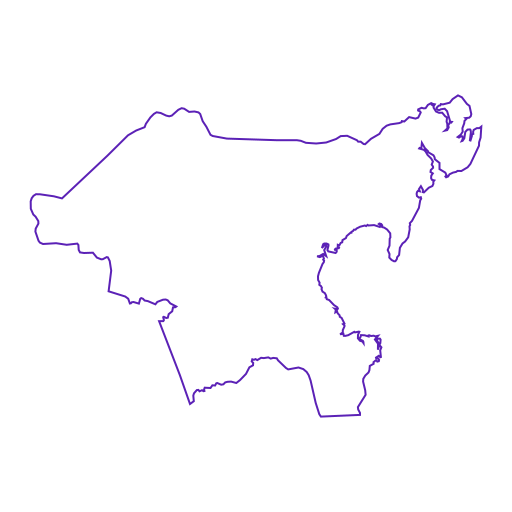 the district of Metuge, Cabo Delgado, Mozambique
{"feature_id": "85939544B43724113746926", "entity_name": "Metuge", "entity_type": "district", "adm_level": 2, "iso_a3": "MOZ", "parent_name": "Mozambique", "parent_adm1": "Cabo Delgado", "projection": "albers", "projection_center": [40.398, -12.923], "detail": "fine", "context": "isolated", "style": "outline", "palette": "violet", "viewbox_px": 512, "rotation_deg": 0, "n_neighbors": 0, "source": "geoboundaries", "source_scale": "gbopen_adm2", "svg_char_len": 6099}
<svg xmlns="http://www.w3.org/2000/svg" viewBox="0 0 512 512"><path d="M190.0,404.0L193.8,401.2L193.3,395.6L194.0,393.3L196.8,390.1L198.4,389.9L199.5,391.3L202.0,390.2L203.5,391.2L204.4,391.0L204.1,389.4L204.7,387.7L210.5,388.0L212.4,385.3L215.1,385.5L216.2,383.4L217.2,383.0L221.2,384.7L223.4,384.3L225.2,382.4L227.5,381.8L231.1,381.6L236.3,383.0L240.0,380.1L246.0,373.9L249.4,367.3L253.0,365.3L253.2,362.9L251.7,361.4L252.3,359.3L253.9,359.8L255.5,359.1L257.3,360.1L261.1,357.8L263.8,358.1L268.3,357.4L270.7,358.6L273.2,357.9L276.8,358.3L278.0,360.3L286.0,368.0L288.2,369.4L298.5,367.5L303.3,369.1L306.7,372.0L308.7,375.2L310.6,380.6L315.7,402.9L319.3,414.2L320.9,416.6L360.0,414.9L360.0,412.9L358.2,409.5L357.9,407.1L365.6,394.8L365.2,390.3L363.1,381.6L363.3,378.8L365.3,375.5L368.5,372.5L369.4,370.2L369.8,365.9L373.6,363.8L373.5,362.2L375.7,360.4L376.5,360.5L377.3,361.6L378.8,361.2L379.1,359.9L378.3,358.6L376.2,358.3L376.0,357.6L378.8,355.8L380.3,357.2L380.9,357.0L380.2,350.3L381.4,347.3L380.3,346.0L378.8,346.5L377.9,349.7L378.0,343.7L374.9,339.5L378.0,335.8L375.3,336.4L373.7,335.7L371.0,336.0L369.4,335.3L368.6,335.4L368.6,336.5L364.7,335.3L361.0,335.1L360.6,336.8L359.4,338.5L360.2,339.5L362.9,340.9L363.4,341.9L363.5,343.1L362.4,341.5L360.0,340.8L357.9,338.3L358.0,334.8L359.4,331.8L358.9,331.6L355.0,332.4L354.3,331.8L348.2,335.2L345.2,335.9L343.8,335.8L343.4,333.8L340.1,334.3L342.8,332.4L342.8,330.1L344.5,326.3L344.5,325.5L343.0,324.1L344.4,323.5L341.6,317.9L339.8,316.8L339.6,315.3L337.7,313.3L337.0,311.3L335.4,312.3L335.8,309.6L334.8,308.7L337.5,309.2L337.9,308.5L337.3,307.3L334.0,305.1L329.1,300.0L326.8,299.2L326.5,297.8L325.7,297.5L326.3,296.3L325.8,294.9L324.8,293.1L322.5,291.6L321.5,289.1L321.9,287.8L321.0,286.1L319.3,284.8L319.6,282.7L318.1,280.0L318.0,276.3L318.9,272.9L322.5,264.0L323.8,262.2L324.1,260.6L323.2,259.7L323.9,258.6L323.1,256.3L321.2,255.8L320.8,256.8L319.7,257.1L317.1,256.3L319.6,256.0L323.2,253.9L326.2,256.1L324.2,250.1L326.2,246.6L326.3,245.2L325.7,244.9L324.1,245.7L321.9,248.0L323.2,244.2L324.3,243.5L326.5,243.5L328.4,244.4L328.5,245.6L327.4,250.0L328.3,251.4L335.6,253.0L336.7,251.7L336.7,250.0L336.4,249.5L335.1,249.9L334.9,249.4L335.7,248.6L338.8,248.2L339.0,247.7L337.7,247.2L337.8,244.8L339.3,245.4L340.7,242.9L342.2,242.3L342.5,240.1L345.9,238.1L346.7,236.0L350.3,232.9L351.4,232.7L351.4,231.9L353.1,230.9L353.9,229.7L355.5,229.7L356.6,228.5L360.2,226.7L364.9,225.5L366.1,226.1L367.6,224.9L368.4,225.5L374.1,225.1L379.9,227.0L381.0,225.4L378.8,224.0L379.4,223.5L381.2,224.0L382.2,225.3L382.2,227.1L384.2,227.6L387.1,229.5L390.2,233.3L390.4,237.4L389.7,238.7L389.5,245.7L387.7,250.0L389.5,254.0L389.3,257.6L391.6,260.0L394.1,261.3L395.4,261.2L396.9,259.0L397.1,257.3L399.1,255.0L399.9,247.8L402.5,243.5L405.1,241.5L408.2,237.3L409.7,229.4L409.5,226.3L410.2,225.0L409.8,223.2L412.0,220.9L418.9,207.9L420.2,200.4L421.2,198.7L420.8,197.2L419.1,197.7L417.0,196.1L416.6,193.9L417.0,192.1L418.0,190.8L419.8,191.3L419.0,189.0L420.9,186.2L422.9,189.8L422.8,192.1L423.9,192.4L428.8,187.7L432.4,186.0L433.4,183.8L433.3,181.7L434.3,180.4L431.9,179.8L431.1,178.1L431.3,175.6L432.8,173.4L430.5,172.0L430.8,170.0L433.1,167.8L433.0,166.5L431.7,164.6L432.9,161.5L431.1,158.4L427.6,155.0L425.5,151.4L423.8,149.8L419.2,148.5L419.6,147.9L421.3,148.3L421.9,142.9L424.9,148.1L428.0,151.2L428.3,152.3L433.5,155.3L434.6,157.4L434.8,159.2L439.5,162.9L439.5,169.1L445.3,172.6L446.5,175.2L445.4,176.5L446.1,177.3L448.1,176.5L449.5,174.3L453.0,172.6L456.1,171.9L457.5,170.9L461.4,171.0L467.6,167.3L470.4,163.9L479.0,145.7L479.1,142.3L480.6,137.6L481.3,126.6L479.4,128.1L476.9,128.1L473.7,129.9L473.1,131.9L473.3,133.9L471.8,134.4L471.9,136.0L470.5,140.5L469.9,140.3L470.9,132.4L470.6,130.1L470.0,129.4L467.5,129.6L465.3,131.9L464.3,138.3L462.6,140.8L461.7,141.1L462.8,138.9L462.4,136.4L460.9,136.3L459.0,137.6L457.7,137.0L460.8,134.6L462.7,131.7L462.4,128.2L464.2,123.4L464.5,120.9L466.3,119.0L465.4,118.1L469.2,117.7L470.7,116.3L471.3,114.1L469.5,105.9L466.9,103.9L461.9,97.3L458.0,95.4L452.6,99.1L449.7,102.7L442.9,104.4L440.8,104.1L440.3,105.4L438.7,105.7L436.7,107.6L436.6,108.7L437.7,109.8L439.4,110.1L440.8,109.3L444.7,108.7L447.1,111.2L450.0,120.9L450.6,121.8L451.8,121.9L451.3,122.6L449.7,122.3L449.5,123.5L448.2,124.9L448.7,127.4L447.2,130.1L445.0,130.6L447.4,128.4L447.3,123.8L446.6,121.7L447.0,117.4L445.2,116.3L442.2,112.7L439.0,112.8L436.0,111.5L433.6,107.7L433.6,106.3L434.8,104.3L433.2,104.0L432.3,105.1L431.6,104.6L431.8,103.4L431.2,103.1L427.9,104.9L425.6,108.2L423.8,108.4L421.6,107.8L418.2,109.4L418.1,110.5L420.2,111.5L420.7,112.5L418.2,117.6L415.5,118.6L409.1,117.1L404.3,121.5L401.9,121.1L401.6,122.2L399.2,123.1L390.3,124.4L386.6,125.7L382.7,128.8L379.4,133.9L371.0,138.8L365.1,144.2L363.6,144.0L360.7,141.7L358.2,141.7L356.9,140.2L347.2,135.8L340.7,136.1L336.1,139.0L326.2,142.5L316.2,143.5L305.9,142.8L300.8,140.8L296.9,140.2L276.8,140.2L226.9,138.6L212.7,136.0L210.5,134.8L206.4,126.8L202.7,121.2L200.2,114.0L198.5,112.4L194.5,111.5L189.1,111.9L184.2,108.7L181.6,108.2L178.3,109.8L171.8,115.6L169.2,116.3L166.2,115.6L160.7,113.0L156.6,112.3L153.9,113.9L150.4,117.4L145.9,123.8L144.6,127.2L136.2,130.5L128.0,135.3L107.3,155.8L62.0,198.4L53.9,196.3L40.1,194.3L36.0,194.2L33.5,195.8L31.7,198.2L30.7,201.3L30.8,208.8L33.3,214.5L35.6,216.7L38.3,221.1L38.4,223.6L35.7,228.6L35.4,231.6L38.5,240.7L39.9,242.6L43.0,244.0L56.1,243.2L66.7,244.8L77.3,243.6L78.4,245.0L78.7,249.9L80.0,252.4L84.0,253.0L92.9,252.7L96.9,257.6L101.2,259.3L102.8,259.2L106.7,257.1L107.9,257.4L109.7,261.0L111.2,270.6L108.6,291.3L125.2,296.5L128.2,298.7L129.9,303.5L130.9,303.3L131.7,302.3L133.5,302.0L138.9,303.6L140.2,298.9L141.2,298.1L143.0,298.8L144.6,300.5L147.8,301.1L155.4,304.3L157.3,301.9L163.0,299.7L165.7,299.5L167.7,300.3L170.3,303.4L176.3,306.5L175.4,307.2L173.0,307.4L172.2,311.3L168.7,314.1L167.8,317.7L166.3,318.0L163.8,316.8L163.2,317.2L163.9,320.1L163.3,321.1L159.1,321.2L179.9,375.2L190.0,404.0ZM380.0,338.7L377.8,338.6L376.8,340.2L378.8,343.4L378.4,345.4L379.3,345.0L380.3,343.2L380.6,339.7L380.0,338.7Z" fill="none" stroke="#5b21b6" stroke-width="2"/></svg>